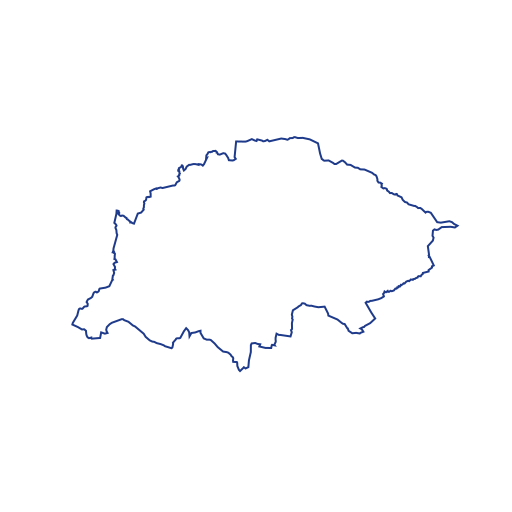 Mioarele, Arges, Romania (orthographic projection), rotated 335°
{"feature_id": "2599482B82004798024884", "entity_name": "Mioarele", "entity_type": "district", "adm_level": 2, "iso_a3": "ROU", "parent_name": "Romania", "parent_adm1": "Arges", "projection": "orthographic", "projection_center": [25.1, 45.232], "detail": "fine", "context": "isolated", "style": "outline", "palette": "blue", "viewbox_px": 512, "rotation_deg": 335, "n_neighbors": 0, "source": "geoboundaries", "source_scale": "gbopen_adm2", "svg_char_len": 6120}
<svg xmlns="http://www.w3.org/2000/svg" viewBox="0 0 512 512"><g transform="rotate(335 256 256)"><path d="M354.8,346.7L354.9,346.3L355.1,344.2L356.3,343.7L357.5,342.5L358.0,343.4L358.5,343.8L360.6,343.3L360.6,344.3L361.6,344.7L363.3,344.4L364.2,345.3L366.4,345.5L368.6,344.4L369.6,345.0L370.1,344.8L370.7,344.1L371.7,344.6L372.0,344.5L372.3,343.7L372.7,343.6L373.7,344.4L374.9,343.5L375.1,343.9L377.4,343.5L378.2,343.1L379.0,343.7L381.4,342.7L383.5,342.8L384.1,343.5L385.6,343.1L386.3,342.7L388.0,343.8L388.2,343.5L388.6,343.4L390.5,343.9L391.2,343.6L393.4,343.8L394.0,343.1L394.9,343.0L396.7,344.0L398.2,343.0L399.5,342.8L400.1,341.9L405.9,343.0L406.5,341.7L410.6,340.9L411.1,339.7L413.1,339.7L413.1,335.5L413.0,330.2L412.3,330.0L412.7,329.1L412.7,328.4L413.3,328.2L415.9,319.7L422.8,316.8L424.7,314.4L424.5,312.3L427.1,307.8L429.0,307.3L430.4,308.6L432.3,309.1L436.5,308.3L444.8,311.8L448.3,314.2L451.4,313.7L449.0,310.6L447.9,308.1L445.9,306.2L437.6,303.9L434.5,301.9L432.7,290.7L430.7,288.6L429.0,288.0L428.0,288.3L426.1,283.4L425.2,281.9L423.2,281.1L422.6,279.7L421.4,277.9L420.4,277.4L416.1,273.6L415.5,271.4L413.8,270.0L412.7,267.1L412.7,264.3L409.8,260.9L409.8,259.3L409.3,259.0L408.1,259.2L406.9,258.2L405.7,256.3L404.0,255.6L403.6,253.9L402.5,252.0L402.9,250.8L402.3,249.7L401.2,248.8L400.0,248.6L398.8,246.4L399.7,245.4L399.9,244.3L400.7,243.7L399.6,242.0L398.1,241.2L397.8,239.1L398.5,237.7L398.9,234.7L398.6,233.2L397.5,232.1L396.4,229.7L390.9,223.5L387.1,221.5L385.6,219.1L383.1,217.7L380.2,213.4L377.2,211.7L376.3,208.7L375.1,206.4L374.2,205.8L367.6,206.5L366.0,205.8L365.2,204.2L362.2,200.1L358.2,198.5L357.5,197.7L357.2,196.7L356.6,195.9L357.4,190.2L359.8,180.1L354.0,173.0L348.3,168.7L343.8,166.8L341.5,164.7L340.6,164.4L339.1,164.6L336.5,163.5L334.8,163.9L333.6,163.9L331.8,162.3L328.5,160.2L316.5,157.7L315.4,155.5L312.8,155.6L311.3,155.2L310.9,155.0L310.2,153.9L306.4,150.8L305.1,152.0L303.7,150.8L301.6,148.3L296.6,148.2L294.8,147.9L286.4,143.8L278.4,157.3L278.7,159.4L276.3,159.8L275.0,159.5L271.9,157.7L272.2,155.4L271.7,151.6L271.3,150.1L269.8,149.0L266.0,148.8L264.5,147.7L264.5,145.6L264.1,145.5L264.3,145.0L263.8,143.6L262.5,143.2L262.0,142.9L261.1,142.7L260.0,143.0L259.2,142.6L258.6,142.7L257.9,142.2L256.7,141.9L254.9,143.2L253.6,143.8L252.2,146.2L253.1,146.3L247.7,150.8L246.0,151.6L245.3,150.2L244.5,149.5L242.5,148.3L242.3,148.3L242.2,148.9L240.1,147.2L238.1,146.2L234.9,145.6L233.9,145.1L231.0,145.7L228.9,147.4L226.8,148.0L226.8,146.9L227.0,145.6L227.5,144.2L227.6,143.3L227.4,142.7L227.0,142.5L226.3,143.3L225.5,143.7L223.3,143.8L223.0,144.1L222.7,145.1L222.0,145.1L221.5,145.9L222.3,146.9L221.6,148.6L221.8,149.1L220.4,150.1L220.4,150.6L219.4,150.9L218.9,150.9L219.1,151.6L219.1,154.3L218.5,155.3L218.2,155.5L215.4,155.7L212.7,157.7L211.8,157.6L210.4,157.0L200.0,154.9L198.5,153.6L195.7,153.1L195.1,153.3L194.5,153.2L194.6,152.8L194.4,152.6L191.6,152.4L187.4,152.6L186.9,154.9L185.6,157.7L183.8,157.4L183.4,156.9L182.1,156.5L181.4,156.6L180.7,157.9L179.7,158.9L179.0,159.1L177.6,159.2L177.1,160.0L177.0,161.3L176.0,162.4L174.9,164.6L174.0,165.3L173.6,166.2L173.7,166.6L170.2,168.1L166.8,167.6L159.1,175.1L157.7,173.8L157.3,172.7L156.2,172.5L156.4,171.6L156.2,170.7L155.8,170.3L155.2,168.6L154.6,168.1L154.5,167.1L154.7,166.7L154.0,165.9L153.0,163.6L151.7,162.7L150.5,162.7L149.8,161.9L149.1,160.0L149.0,159.1L149.1,158.9L150.1,159.3L150.3,159.2L150.2,158.2L150.4,157.4L150.5,157.3L149.9,156.5L148.9,155.9L147.3,158.8L141.6,166.1L142.3,167.9L142.5,169.3L142.4,169.6L140.8,170.5L140.5,171.1L140.4,173.5L139.3,176.5L139.2,178.2L130.1,188.9L129.1,190.6L129.1,191.1L128.9,190.9L127.7,192.1L128.0,192.3L129.1,194.2L128.6,195.3L127.9,196.2L127.6,197.1L126.4,198.9L127.2,199.6L127.4,202.7L125.0,202.4L123.4,203.1L123.6,206.4L122.7,207.8L122.8,208.9L120.8,208.5L120.3,211.4L118.6,213.2L118.0,213.3L116.1,216.2L116.2,217.0L115.6,217.0L110.3,221.4L106.3,221.1L100.6,219.5L100.1,219.7L98.5,221.5L97.7,221.7L96.4,221.8L95.8,220.8L95.3,220.5L93.9,220.6L93.1,221.0L90.3,223.8L88.4,224.3L85.3,224.4L83.5,225.7L83.0,226.2L83.2,227.1L83.3,228.2L82.3,230.0L81.5,230.1L79.5,229.4L78.8,229.4L76.6,230.4L76.0,230.4L74.4,229.2L73.4,229.2L72.3,230.1L68.8,234.4L61.7,239.2L60.6,240.5L64.6,245.2L67.2,249.0L69.3,249.8L70.3,251.9L69.2,255.0L68.9,256.6L69.0,258.5L69.9,259.9L72.2,260.3L71.9,260.9L72.2,261.5L80.1,264.4L83.4,259.8L86.2,262.5L88.9,263.0L88.8,261.1L89.1,259.5L90.8,257.4L94.5,256.0L97.2,255.6L107.5,256.5L108.8,257.1L109.4,258.4L112.6,261.7L115.1,267.0L116.6,268.7L121.4,279.0L121.8,282.6L124.0,287.5L125.8,289.7L127.5,290.8L129.2,293.0L132.3,295.5L134.7,298.0L135.3,299.2L140.5,303.9L141.6,303.5L143.8,300.6L144.0,299.6L144.3,299.4L148.1,297.7L148.7,297.2L149.6,297.2L151.8,298.2L152.8,298.2L158.9,293.7L162.2,291.9L163.1,294.5L163.2,296.9L161.8,300.7L164.9,298.5L168.6,299.6L172.3,299.9L174.1,300.3L173.2,302.2L173.8,308.6L176.0,311.0L178.4,312.1L179.5,313.0L181.5,317.7L182.8,322.4L185.8,328.7L188.9,330.8L190.1,332.0L191.3,334.7L191.5,336.5L192.2,337.9L192.2,339.0L191.0,341.0L190.6,342.3L193.8,344.0L193.8,344.9L192.6,347.8L192.4,352.0L192.9,353.5L197.1,352.1L198.0,351.7L199.0,353.5L202.1,353.5L205.5,347.6L210.7,340.9L213.7,334.6L215.1,333.4L218.5,334.5L220.3,336.4L222.5,337.8L220.8,339.4L225.7,343.3L230.9,345.8L232.6,343.5L233.0,343.3L235.2,344.9L235.1,344.2L237.5,342.2L238.0,341.4L238.3,340.3L239.2,338.4L241.8,335.1L243.4,337.2L244.5,337.7L253.3,343.5L256.2,340.2L256.4,338.0L257.8,337.4L258.0,337.0L260.2,332.0L262.4,329.1L262.3,327.8L263.3,326.5L263.7,324.3L266.5,320.8L272.2,320.1L273.2,319.7L275.9,319.5L277.7,318.4L278.5,318.6L280.1,319.8L280.9,321.7L281.5,322.4L281.9,322.5L283.5,323.8L285.1,324.4L287.8,326.6L290.9,328.8L296.8,330.9L297.0,338.7L296.4,340.6L303.0,348.0L305.5,353.1L306.3,354.3L307.6,355.1L308.2,360.2L308.6,360.5L308.3,362.9L310.6,366.7L314.3,368.0L317.3,370.1L318.2,369.8L321.3,370.0L321.1,368.3L320.8,366.9L320.0,365.8L322.7,365.7L323.9,366.0L325.2,365.4L331.1,365.1L337.6,363.0L336.6,356.0L335.6,344.7L337.2,344.2L338.0,344.9L339.0,345.2L340.6,345.0L342.1,345.6L348.4,346.9L351.6,347.1L354.8,346.7Z" fill="none" stroke="#1e3a8a" stroke-width="2"/></g></svg>